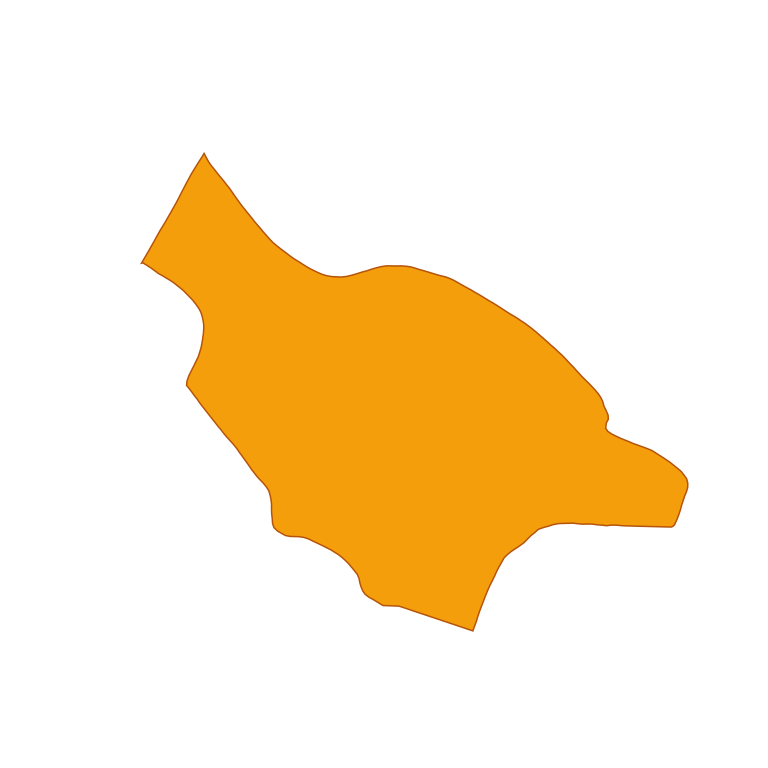 the district of Hatib, Shabwah, Yemen, rotated 231°
{"feature_id": "15242507B74993503022427", "entity_name": "Hatib", "entity_type": "district", "adm_level": 2, "iso_a3": "YEM", "parent_name": "Yemen", "parent_adm1": "Shabwah", "projection": "natural_earth1", "projection_center": [46.508, 14.178], "detail": "fine", "context": "isolated", "style": "filled", "palette": "amber", "viewbox_px": 768, "rotation_deg": 231, "n_neighbors": 0, "source": "geoboundaries", "source_scale": "gbopen_adm2", "svg_char_len": 3919}
<svg xmlns="http://www.w3.org/2000/svg" viewBox="0 0 768 768"><g transform="rotate(231 384 384)"><path d="M676.4,389.3L675.9,388.0L672.3,377.3L668.7,367.0L664.5,356.9L660.2,347.0L655.8,337.1L651.8,326.9L647.5,315.9L643.7,305.2L639.4,294.7L635.4,284.5L631.3,273.7L630.5,271.6L629.9,272.8L625.0,274.6L620.1,276.1L616.2,277.1L612.0,278.2L608.2,279.7L603.6,281.4L598.9,283.1L595.0,284.3L590.9,285.2L586.9,286.1L582.7,286.9L578.6,287.3L574.3,287.7L569.2,288.1L564.5,288.0L559.3,287.7L554.9,286.8L550.9,285.2L546.9,283.2L543.4,281.1L540.1,278.4L536.7,275.2L533.5,271.8L530.3,268.2L527.5,264.9L524.9,261.1L522.1,256.9L519.8,251.9L517.4,246.8L515.4,242.2L513.2,237.5L510.3,232.8L507.2,229.7L503.2,229.7L499.1,229.6L494.2,229.3L490.2,229.3L485.7,228.9L481.2,228.8L476.1,228.7L470.5,228.6L464.7,228.5L460.5,228.5L456.2,228.4L451.8,228.5L447.7,228.4L442.4,228.4L437.6,228.7L431.5,229.0L426.5,229.0L421.9,228.6L415.7,228.3L410.6,228.0L405.8,227.7L401.3,227.3L396.3,227.2L392.3,227.1L388.1,227.3L383.2,227.8L377.9,227.8L373.6,227.3L369.2,225.5L365.4,223.5L361.4,221.0L358.0,218.2L354.2,215.3L349.7,212.4L345.7,209.6L341.7,208.1L336.8,208.7L332.4,210.4L328.4,212.0L324.8,214.9L321.8,218.4L318.9,221.8L315.3,225.1L311.0,227.9L306.6,229.9L302.3,232.0L297.9,234.1L293.3,236.2L288.3,238.4L283.9,239.9L280.2,241.2L276.2,242.1L271.4,242.9L266.9,243.4L262.1,243.5L257.8,243.5L253.1,243.5L248.8,242.3L244.6,240.1L240.8,238.5L236.7,237.3L232.6,237.0L227.8,238.1L223.4,239.9L219.3,241.4L213.8,243.3L212.5,243.8L201.9,255.9L136.2,297.7L136.3,297.8L138.9,302.2L141.4,306.4L144.1,310.3L146.8,314.6L149.3,318.8L152.0,323.5L154.3,327.4L156.5,331.3L158.7,335.4L160.8,339.5L163.0,344.5L165.2,349.2L167.4,353.5L169.3,357.8L171.5,363.4L173.3,367.9L173.8,372.7L173.8,377.4L173.4,382.0L172.9,386.9L172.6,393.1L173.2,397.8L173.7,402.7L173.7,407.9L173.9,412.6L171.9,418.2L169.9,422.6L168.3,426.9L165.8,431.6L163.0,435.4L159.8,439.5L157.0,443.2L153.5,446.6L150.1,450.1L147.3,453.8L144.4,457.3L140.2,461.3L137.1,464.6L133.8,467.8L131.2,472.0L128.1,475.7L124.6,479.3L121.4,482.8L118.4,486.4L115.0,490.3L93.6,515.4L92.1,517.2L91.6,518.8L91.7,521.1L92.7,523.1L94.9,527.4L97.2,531.3L99.7,535.2L102.6,539.2L105.1,543.1L107.6,546.9L109.9,551.2L112.4,554.8L115.8,557.7L120.0,559.6L124.6,559.8L128.8,559.9L133.0,559.2L138.0,558.1L143.1,557.0L147.1,555.8L151.6,554.4L156.1,552.9L160.1,551.6L164.0,550.2L168.0,548.0L172.4,545.4L176.4,543.0L181.3,540.0L185.2,538.0L189.1,535.8L192.9,533.7L197.0,531.7L201.6,529.6L206.3,528.1L210.2,528.5L213.8,532.3L215.5,536.2L218.9,538.6L223.9,540.0L228.8,541.1L229.1,541.3L232.5,542.9L237.4,544.0L241.6,544.4L246.5,544.3L250.8,544.0L255.7,543.6L260.7,543.0L265.2,542.5L269.3,542.3L273.9,542.0L278.1,541.8L282.2,541.4L286.5,541.1L290.9,540.8L295.0,540.4L299.8,539.6L304.2,539.1L309.0,538.2L313.1,537.6L318.5,536.7L324.2,535.7L328.7,534.9L333.2,534.0L338.1,532.8L342.2,531.8L346.1,530.5L350.2,529.3L354.3,527.9L359.6,525.9L364.8,524.2L370.6,522.3L375.5,520.7L379.8,519.1L384.1,517.5L388.7,515.9L393.5,514.2L398.2,512.3L402.2,510.9L407.2,508.8L412.1,506.8L416.1,505.3L420.6,503.5L424.5,501.6L428.4,499.3L432.3,496.3L435.8,493.8L439.5,491.3L443.2,488.8L446.7,486.4L451.1,483.3L454.6,481.0L458.3,478.4L461.5,475.4L464.8,471.9L468.4,467.3L471.3,463.9L474.3,460.2L476.8,456.0L478.8,451.9L481.0,446.7L482.7,442.1L484.7,437.6L487.3,431.0L489.2,426.6L491.3,422.3L493.8,418.4L496.9,414.8L500.5,410.9L504.0,407.8L507.4,405.4L511.6,403.1L515.6,401.2L519.5,399.4L523.8,397.7L528.2,396.2L532.5,394.8L537.2,393.1L542.0,391.7L546.3,390.7L550.3,389.7L555.6,388.4L560.0,387.4L564.1,386.7L568.5,386.3L573.3,386.1L578.3,385.9L582.4,385.9L586.8,385.7L591.9,385.6L597.2,385.7L601.4,385.7L605.7,385.7L610.4,385.7L614.7,385.8L619.0,386.1L624.8,386.4L629.5,386.8L634.0,387.1L638.5,387.1L643.6,387.2L648.8,387.1L652.9,387.1L658.0,387.2L662.8,387.2L666.9,387.5L670.9,388.2L675.5,389.1L676.4,389.3Z" fill="#f59e0b" stroke="#b45309" stroke-width="1.5"/></g></svg>